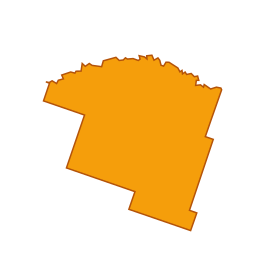 outline of Grant, North Dakota, United States of America, rotated 199°
{"feature_id": "52423323B34394260918721", "entity_name": "Grant", "entity_type": "district", "adm_level": 2, "iso_a3": "USA", "parent_name": "United States of America", "parent_adm1": "North Dakota", "projection": "robinson", "projection_center": [-101.561, 46.362], "detail": "fine", "context": "isolated", "style": "filled", "palette": "amber", "viewbox_px": 256, "rotation_deg": 199, "n_neighbors": 0, "source": "geoboundaries", "source_scale": "gbopen_adm2", "svg_char_len": 967}
<svg xmlns="http://www.w3.org/2000/svg" viewBox="0 0 256 256"><g transform="rotate(199 128 128)"><path d="M35.3,70.1L43.1,70.2L43.7,145.0L52.1,145.0L52.1,161.8L51.9,194.6L53.2,196.0L57.7,195.4L62.6,191.8L70.1,193.9L69.9,191.2L73.5,192.4L77.9,190.3L78.9,195.3L76.6,196.1L79.1,199.8L82.0,198.1L86.0,200.1L90.0,197.7L92.2,199.5L94.1,196.9L95.7,200.0L97.2,198.0L100.4,201.0L110.6,203.5L113.5,202.6L114.5,198.1L117.2,198.1L120.0,202.3L122.5,204.0L125.5,200.6L129.1,204.6L133.8,202.4L132.6,199.5L135.5,200.6L141.0,200.0L139.0,197.1L140.2,195.2L145.8,195.3L151.0,193.0L153.3,193.5L154.6,190.8L158.3,189.0L162.4,190.9L173.2,183.5L172.9,177.4L182.4,175.5L185.6,176.4L188.5,172.4L192.3,174.1L190.9,166.5L195.6,164.8L196.1,162.6L200.4,162.3L207.9,156.5L205.1,153.4L209.4,150.5L210.0,146.8L215.1,147.9L217.4,145.3L220.7,144.9L216.8,144.8L216.7,126.1L173.3,126.1L173.2,70.2L100.7,70.1L100.7,51.4L35.4,51.4L35.3,70.1Z" fill="#f59e0b" stroke="#b45309" stroke-width="1.5"/></g></svg>